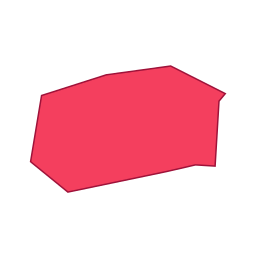 outline of Jung-gu [Central District], Daegu, South Korea, rotated 167°
{"feature_id": "91817680B11201690622195", "entity_name": "Jung-gu [Central District]", "entity_type": "district", "adm_level": 2, "iso_a3": "KOR", "parent_name": "South Korea", "parent_adm1": "Daegu", "projection": "mercator", "projection_center": [128.593, 35.86], "detail": "fine", "context": "isolated", "style": "filled", "palette": "rose", "viewbox_px": 256, "rotation_deg": 167, "n_neighbors": 0, "source": "geoboundaries", "source_scale": "gbopen_adm2", "svg_char_len": 293}
<svg xmlns="http://www.w3.org/2000/svg" viewBox="0 0 256 256"><g transform="rotate(167 128 128)"><path d="M201.0,79.1L100.0,76.9L70.6,76.9L51.7,71.3L33.3,133.7L25.5,139.6L72.5,178.8L137.2,184.7L204.9,179.1L230.5,117.1L201.0,79.1Z" fill="#f43f5e" stroke="#9f1239" stroke-width="1.5"/></g></svg>